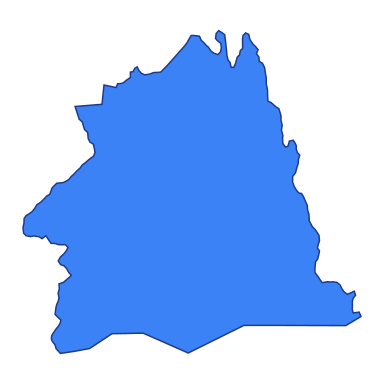 Itatira, Ceará, Brazil
{"feature_id": "56859067B49742639550907", "entity_name": "Itatira", "entity_type": "district", "adm_level": 2, "iso_a3": "BRA", "parent_name": "Brazil", "parent_adm1": "Ceará", "projection": "equal_earth", "projection_center": [-39.581, -4.608], "detail": "fine", "context": "isolated", "style": "filled", "palette": "blue", "viewbox_px": 384, "rotation_deg": 0, "n_neighbors": 0, "source": "geoboundaries", "source_scale": "gbopen_adm2", "svg_char_len": 2955}
<svg xmlns="http://www.w3.org/2000/svg" viewBox="0 0 384 384"><path d="M60.4,353.4L74.0,351.4L89.7,348.5L112.0,333.7L125.7,333.5L129.5,333.4L133.2,333.3L143.3,333.2L185.5,351.8L188.3,353.0L193.4,350.4L243.9,325.4L271.8,325.4L280.5,325.4L345.8,325.6L361.0,316.5L359.1,312.1L355.8,312.6L353.2,312.9L352.3,309.7L352.4,305.1L352.4,301.1L353.3,298.1L355.6,295.2L354.3,291.2L351.3,292.6L347.4,294.3L344.1,291.8L342.1,289.1L340.1,285.0L337.1,282.4L332.9,281.8L330.4,282.0L327.5,281.7L322.1,282.7L320.3,280.0L317.7,276.1L314.9,272.4L315.0,267.6L315.5,262.0L317.7,258.9L318.7,254.9L319.5,251.0L317.4,248.0L318.4,244.1L319.5,240.7L319.0,235.4L315.6,230.1L312.3,226.6L309.3,220.9L308.9,214.1L307.5,209.6L307.3,205.5L305.1,200.5L303.1,196.0L301.5,193.5L298.8,193.0L296.1,189.7L294.2,186.5L292.6,182.1L292.7,176.4L295.5,172.8L297.0,167.2L298.2,163.3L298.4,159.7L299.7,155.1L297.4,152.6L296.3,149.3L296.3,145.8L294.9,142.7L293.2,140.2L289.4,141.1L287.9,146.3L285.3,146.9L282.8,143.3L282.6,138.6L282.9,135.3L281.4,130.2L282.2,125.2L280.9,119.9L281.1,116.3L280.2,112.9L278.8,108.6L275.8,106.8L271.3,102.7L267.9,101.1L267.6,95.0L267.5,90.0L266.2,83.4L266.3,78.2L265.3,72.6L264.6,67.5L262.4,63.2L259.3,61.4L258.9,57.0L256.5,53.7L258.1,49.6L255.5,46.5L253.0,44.2L249.9,39.6L248.8,34.4L245.6,32.9L243.1,35.3L242.5,39.1L242.6,43.5L242.6,48.5L240.3,50.6L239.5,55.0L237.1,57.3L235.7,63.0L233.8,67.3L231.1,67.3L230.1,62.5L228.1,60.1L227.0,55.9L226.6,51.6L226.1,46.7L225.7,43.0L225.3,39.4L224.7,34.7L222.0,32.7L218.7,30.6L216.2,33.5L215.5,38.4L217.4,40.7L220.7,43.3L221.4,47.8L220.5,51.9L217.9,54.6L213.9,53.2L211.0,51.1L208.3,47.1L205.9,45.1L204.2,43.0L201.2,40.3L199.5,36.2L196.6,35.8L193.7,35.5L191.2,35.5L189.0,39.1L187.4,42.1L184.8,45.7L182.5,48.3L173.9,58.0L166.6,66.2L160.7,72.1L157.6,72.4L153.8,72.5L149.3,74.2L144.5,74.8L141.1,73.1L138.8,70.3L137.2,66.9L134.7,68.4L133.1,71.6L130.4,72.1L130.4,77.5L126.7,80.0L123.3,82.8L120.5,83.6L117.7,83.7L116.0,87.5L104.0,85.0L102.0,104.3L75.1,106.5L79.2,119.3L82.2,121.8L84.5,129.5L87.7,132.6L88.2,138.6L89.9,142.0L93.4,144.3L94.4,148.8L95.0,152.3L93.7,156.0L89.6,159.0L85.7,162.4L82.0,165.3L80.3,167.8L77.2,170.6L74.0,174.0L71.1,176.6L69.1,179.2L66.5,181.0L63.2,182.6L59.3,183.0L56.8,183.2L54.3,185.6L52.0,188.1L49.8,194.3L46.9,195.9L43.9,199.1L40.6,202.3L37.0,204.6L34.5,208.7L32.1,211.6L29.0,213.9L26.2,215.5L24.1,218.5L24.0,223.0L23.0,227.3L23.6,233.2L26.1,235.7L30.5,236.6L33.8,235.9L36.7,236.4L39.2,236.8L42.1,238.7L45.9,235.7L48.9,240.3L51.1,243.4L54.6,243.4L58.5,244.6L62.2,244.8L65.2,244.6L68.1,247.5L65.8,251.5L63.6,254.1L60.4,257.0L58.2,260.9L60.6,264.6L64.2,265.9L66.7,268.8L68.9,272.7L71.3,275.4L69.0,277.5L66.7,279.5L63.4,282.4L59.0,283.8L59.3,288.6L58.1,293.3L59.0,298.1L58.1,301.5L56.6,304.7L55.8,308.6L55.1,314.4L57.8,317.2L60.9,320.1L60.1,323.3L58.5,326.0L55.8,329.3L53.2,333.1L51.7,335.7L51.3,338.9L52.5,341.7L55.1,344.9L56.0,348.5L58.0,350.8L60.4,353.4Z" fill="#3b82f6" stroke="#1e3a8a" stroke-width="1.5"/></svg>